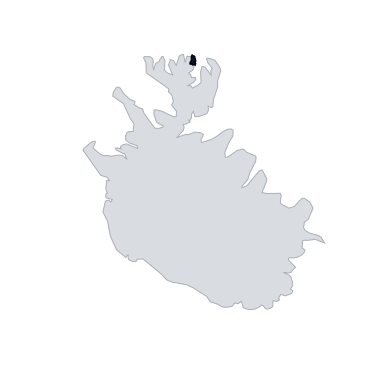 Bolungarvíkurkaupstaður, Vestfirðir, Iceland shown in context, rotated 58°
{"feature_id": "244011B6311767935335", "entity_name": "Bolungarvíkurkaupstaður", "entity_type": "district", "adm_level": 2, "iso_a3": "ISL", "parent_name": "Iceland", "parent_adm1": "Vestfirðir", "projection": "mercator", "projection_center": [-23.321, 66.137], "detail": "fine", "context": "in_parent", "style": "filled", "palette": "ink", "viewbox_px": 384, "rotation_deg": 58, "n_neighbors": 0, "source": "geoboundaries", "source_scale": "gbopen_adm2", "svg_char_len": 5285}
<svg xmlns="http://www.w3.org/2000/svg" viewBox="0 0 384 384"><g transform="rotate(58 192 192)"><path d="M281.2,116.2L284.1,116.5L288.9,114.3L295.9,107.9L298.8,106.5L305.5,106.5L297.4,112.7L294.3,119.5L292.1,122.8L292.1,124.2L297.8,128.3L300.6,127.0L301.8,127.5L302.9,129.4L303.6,133.2L303.1,137.2L301.5,141.2L299.2,144.5L299.5,145.5L301.3,146.1L310.7,144.1L311.8,148.9L312.6,150.5L312.3,152.1L308.6,157.3L313.0,154.1L316.5,153.1L322.4,154.8L324.9,156.6L326.3,159.9L329.2,158.9L330.6,160.8L330.6,162.8L329.3,168.2L325.8,170.9L327.9,174.9L329.7,174.9L330.0,175.8L329.8,178.2L327.1,180.9L331.5,183.9L332.1,185.0L331.8,188.5L331.1,190.4L329.7,191.6L326.5,191.8L324.5,193.1L325.2,195.2L324.6,201.0L322.0,205.7L319.6,208.2L317.3,209.8L310.9,208.0L311.1,212.1L308.8,214.6L309.3,216.7L310.1,217.7L309.7,220.4L306.7,225.9L304.7,227.7L300.5,229.9L294.6,234.8L288.5,234.8L273.7,241.9L267.9,245.7L257.4,257.1L253.0,260.1L245.5,261.5L222.8,269.0L220.3,273.4L220.2,274.4L221.2,276.1L219.5,279.2L216.1,281.5L214.4,281.4L211.6,279.6L211.3,280.5L212.4,282.8L201.3,286.6L186.0,284.6L172.5,279.2L161.7,278.1L154.1,270.5L153.9,269.2L154.7,266.9L157.5,266.0L156.1,263.6L151.6,267.7L150.1,267.6L148.1,265.9L148.0,264.3L144.2,263.7L137.6,258.8L137.1,257.7L138.7,256.1L138.4,255.8L134.8,256.0L129.6,260.5L98.7,262.3L97.7,259.9L96.4,251.1L97.4,247.4L98.7,247.7L102.3,252.7L110.6,250.0L114.0,248.1L117.1,243.2L118.9,241.7L121.4,235.5L123.9,231.7L129.2,229.9L124.5,228.8L116.7,233.8L114.1,233.8L115.3,231.6L118.0,229.2L116.1,229.0L115.4,227.9L115.3,225.6L116.7,221.8L125.9,215.2L123.8,213.9L117.4,219.0L112.7,220.7L108.9,218.4L107.1,215.3L107.2,213.9L109.4,209.9L109.1,209.1L107.6,208.7L103.5,205.0L96.9,205.4L80.9,203.3L68.7,208.4L65.8,206.0L63.4,200.9L63.9,198.9L66.0,197.8L72.0,197.9L80.7,195.5L84.7,192.5L86.2,193.2L87.0,194.7L92.3,192.4L95.2,189.8L100.0,191.1L118.2,189.7L120.6,186.2L121.5,182.0L121.1,181.2L114.4,185.0L112.9,184.9L105.2,182.9L102.4,180.6L103.3,178.8L107.4,174.8L117.8,168.2L119.3,166.8L119.4,165.2L115.3,162.4L107.4,163.2L105.4,159.8L98.9,157.8L94.6,159.0L92.3,157.0L66.7,167.7L58.4,162.8L52.4,161.9L51.9,160.4L55.3,155.7L57.7,154.8L60.1,155.3L64.6,158.6L67.8,159.6L63.8,154.8L63.7,150.1L62.4,148.9L61.2,145.8L61.7,144.8L66.4,145.4L74.0,150.8L77.7,149.9L82.4,146.4L71.7,144.5L68.4,140.2L70.7,138.0L76.3,138.3L70.1,130.9L69.8,129.6L70.8,126.3L78.6,129.2L74.5,124.8L74.4,123.8L75.6,123.0L76.2,120.3L78.2,119.3L82.1,120.2L88.2,125.3L89.0,126.7L89.3,131.8L91.7,131.0L94.5,131.8L96.9,128.3L98.5,129.1L99.8,132.2L99.6,139.1L101.3,136.7L104.1,136.5L104.5,130.8L104.0,126.3L94.7,121.1L91.1,117.2L91.5,115.9L93.3,114.8L103.0,113.8L98.9,111.6L97.8,109.3L90.5,110.1L86.8,109.2L86.7,108.0L88.2,106.3L92.6,102.7L101.1,102.4L104.5,103.3L111.1,111.2L116.3,114.4L125.1,125.0L130.7,129.1L130.9,130.1L130.0,131.3L127.8,132.8L131.2,134.6L133.2,137.3L133.3,138.5L131.5,146.9L129.4,149.6L124.2,148.1L125.4,150.7L129.1,153.6L130.0,155.2L129.4,156.7L131.2,156.2L131.7,157.1L130.9,161.9L130.0,163.6L133.1,164.5L135.2,166.9L137.8,176.3L139.2,169.1L139.9,166.4L141.2,165.4L142.7,157.9L146.1,153.5L149.3,151.8L152.7,157.0L155.1,157.6L157.6,148.4L157.9,141.6L157.2,134.0L157.6,128.6L159.3,125.4L161.4,124.4L166.1,127.6L170.0,135.1L175.8,143.2L179.9,145.3L180.6,145.0L181.3,142.4L180.7,131.7L182.6,125.9L187.4,124.5L194.7,119.2L196.4,119.1L200.0,122.1L206.4,133.0L211.0,138.0L213.4,145.9L214.5,147.4L215.5,144.9L215.6,141.4L210.0,124.8L209.9,122.6L210.5,120.8L220.5,121.6L222.7,123.5L229.6,133.0L233.1,129.1L239.8,117.9L242.2,118.2L247.9,122.8L250.2,122.4L257.0,118.3L258.5,113.1L255.6,102.3L256.8,100.1L263.0,97.4L269.8,97.9L276.8,107.9L277.1,112.6L281.2,116.2Z" fill="#d9dde1" stroke="#a8b0b8" stroke-width="1"/><path d="M86.1,122.1L86.0,121.9L85.9,121.9L85.7,121.7L85.7,121.8L85.7,121.7L85.4,121.6L85.2,121.5L85.2,121.4L84.9,121.3L84.9,121.2L84.7,121.2L84.4,121.1L84.2,121.2L84.2,121.3L83.8,121.2L83.7,121.2L83.5,120.9L83.5,120.7L83.5,120.8L83.4,120.9L83.5,120.8L83.4,120.8L83.5,120.7L83.4,120.5L83.4,120.4L83.3,120.2L83.3,119.9L83.2,119.8L83.1,119.7L82.9,119.6L82.8,119.4L82.7,119.4L82.4,119.4L82.2,119.3L82.1,119.2L81.8,119.1L81.7,119.0L81.4,119.0L81.3,118.9L81.2,118.9L80.9,118.7L80.7,118.6L80.4,118.7L80.2,118.7L79.9,118.6L79.7,118.6L79.4,118.5L79.2,118.5L79.1,118.4L78.9,118.3L78.9,118.2L78.7,118.3L78.5,118.2L78.4,118.2L78.2,118.2L77.9,118.2L77.7,118.2L77.6,118.3L77.4,118.5L77.4,118.8L77.5,118.8L77.5,119.0L77.4,119.3L77.2,119.4L76.9,119.3L76.7,119.3L76.6,119.2L76.4,119.2L76.2,119.2L76.2,119.3L75.9,119.4L75.9,119.5L76.0,119.6L76.3,119.8L76.5,119.9L76.6,120.0L76.7,120.4L76.7,120.5L76.8,120.6L76.9,120.8L77.0,120.8L77.5,121.2L78.0,121.4L78.4,121.7L78.5,121.8L79.1,122.1L79.3,122.3L79.5,122.4L79.7,122.5L79.8,122.6L80.0,122.8L80.1,123.0L80.3,123.3L80.4,123.5L80.5,123.7L80.6,123.8L80.7,124.0L80.8,124.1L80.8,124.3L80.9,124.5L81.0,124.6L81.1,124.8L81.3,124.9L81.3,125.0L81.5,125.2L81.8,125.3L81.9,125.5L82.0,125.5L82.3,125.8L82.5,125.8L82.6,125.7L82.7,125.4L82.8,125.2L83.0,125.0L83.0,124.9L83.3,124.8L83.3,124.7L83.4,124.4L83.5,124.3L83.5,124.2L83.8,124.2L84.0,124.2L84.3,124.2L84.5,124.1L84.7,123.9L84.8,123.9L84.8,123.7L84.8,123.4L84.7,123.2L84.7,122.9L84.7,122.7L84.8,122.6L85.1,122.4L85.4,122.2L85.5,122.2L85.8,122.2L86.0,122.1L86.1,122.1Z" fill="#0f172a" stroke="#020617" stroke-width="1.5"/></g></svg>